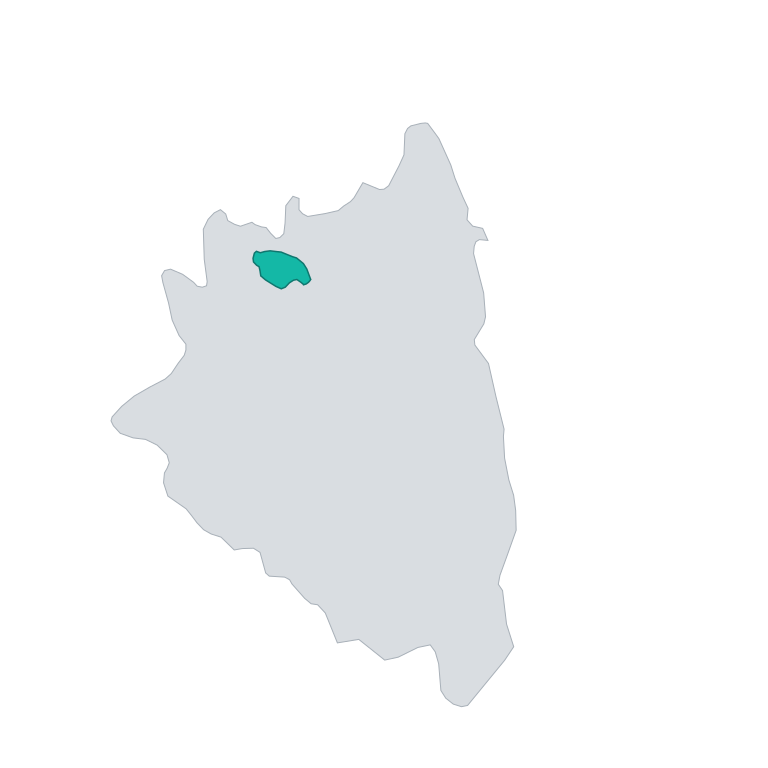 where Bosnian Podrinje sits in Bosnia and Herzegovina, rotated 211°
{"feature_id": "BIH-2891", "entity_name": "Bosnian Podrinje", "entity_type": "Canton", "adm_level": 1, "iso_a3": "BIH", "parent_name": "Bosnia and Herzegovina", "parent_adm1": "", "projection": "orthographic", "projection_center": [18.793, 43.673], "detail": "fine", "context": "in_parent", "style": "filled", "palette": "teal", "viewbox_px": 768, "rotation_deg": 211, "n_neighbors": 0, "source": "natural_earth", "source_scale": "10m", "svg_char_len": 2405}
<svg xmlns="http://www.w3.org/2000/svg" viewBox="0 0 768 768"><g transform="rotate(211 384 384)"><path d="M599.0,211.8L600.1,215.8L597.3,229.8L591.9,245.0L583.2,260.7L574.1,275.6L571.7,283.4L571.1,295.9L570.0,305.7L571.3,311.1L574.3,316.1L584.6,320.0L598.5,329.7L610.4,342.5L625.7,357.0L630.4,362.3L630.5,368.2L626.1,372.5L613.1,374.3L599.6,373.1L594.5,371.6L589.6,373.4L586.7,376.8L588.3,380.7L602.3,398.3L618.6,423.6L619.6,434.6L617.7,443.2L614.0,449.2L607.2,448.2L602.1,443.6L594.3,443.9L588.3,445.3L580.5,454.6L576.6,454.2L569.8,455.6L565.6,457.4L558.8,454.8L551.7,453.0L548.7,455.9L547.3,461.2L551.7,471.0L560.0,486.3L558.7,498.0L552.4,499.3L546.6,489.6L541.5,488.0L535.7,488.3L522.3,499.7L512.5,509.1L510.2,515.8L506.7,523.0L505.6,528.2L505.8,545.7L488.0,548.4L484.3,551.0L482.1,556.3L483.5,578.7L484.9,590.7L495.0,609.3L495.4,615.2L493.9,619.1L486.6,626.4L483.1,629.0L480.8,629.9L468.9,625.0L463.3,622.6L439.5,606.1L429.1,596.9L412.6,584.8L402.4,577.9L397.4,567.5L389.3,565.0L379.6,568.2L368.9,560.6L376.6,556.9L378.5,553.3L377.6,548.5L374.4,541.9L345.5,513.4L331.6,493.9L329.4,487.0L329.5,468.6L326.2,464.2L305.0,455.4L281.7,431.0L257.8,407.1L254.6,400.5L242.4,382.5L227.5,366.0L215.6,355.4L206.0,343.4L195.4,326.7L190.4,301.9L186.1,279.8L182.9,271.2L176.0,268.0L155.3,241.3L137.5,225.6L138.3,209.3L142.3,182.2L146.8,151.5L151.4,147.3L159.8,145.3L169.2,146.5L177.4,150.6L193.0,172.3L202.1,180.8L210.0,184.2L219.3,175.6L231.1,157.2L241.2,147.7L274.1,152.1L290.6,138.1L316.4,157.5L327.2,160.6L333.3,158.1L341.6,159.4L359.9,165.2L364.1,167.6L369.7,167.3L383.4,160.2L388.1,161.1L403.5,175.8L411.3,176.0L420.8,169.9L426.9,164.6L444.8,168.8L455.0,166.4L463.6,166.2L472.8,168.7L481.2,172.1L489.3,175.1L511.5,176.6L522.1,185.8L526.4,194.7L526.5,200.1L527.5,205.9L533.6,211.6L547.0,214.8L555.4,214.1L559.9,213.7L571.3,208.6L584.7,205.9L594.4,208.8L599.0,211.8Z" fill="#d9dde1" stroke="#a8b0b8" stroke-width="1"/><path d="M504.1,427.6L504.5,427.9L507.7,428.4L512.5,428.7L515.0,426.4L517.2,422.0L518.5,416.1L521.1,412.7L526.9,412.0L539.2,412.2L545.3,413.2L548.5,417.1L551.5,420.2L554.4,420.2L558.7,421.4L561.0,424.3L562.5,429.4L561.7,432.0L557.6,432.8L554.5,436.1L550.2,439.5L544.4,442.1L540.1,444.1L534.9,444.9L528.0,446.0L523.9,447.0L515.1,445.7L509.4,442.8L501.0,436.1L500.7,436.0L500.7,434.5L501.1,432.3L502.2,429.7L503.7,428.0L504.1,427.6Z" fill="#14b8a6" stroke="#0f766e" stroke-width="1.5"/></g></svg>